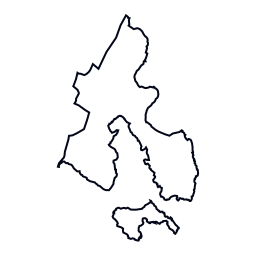 the district of Hahake, Vava'u, Tonga
{"feature_id": "48082658B99932543232342", "entity_name": "Hahake", "entity_type": "district", "adm_level": 2, "iso_a3": "TON", "parent_name": "Tonga", "parent_adm1": "Vava'u", "projection": "robinson", "projection_center": [-173.925, -18.614], "detail": "fine", "context": "isolated", "style": "outline", "palette": "ink", "viewbox_px": 256, "rotation_deg": 0, "n_neighbors": 0, "source": "geoboundaries", "source_scale": "gbopen_adm2", "svg_char_len": 5993}
<svg xmlns="http://www.w3.org/2000/svg" viewBox="0 0 256 256"><path d="M58.9,166.9L58.9,165.7L59.8,163.8L61.7,162.7L62.1,161.7L64.1,161.5L66.2,163.2L67.8,163.0L68.6,164.0L71.5,164.8L72.8,166.5L73.9,168.4L77.1,171.3L78.5,171.4L79.6,171.2L79.9,173.1L80.9,174.6L82.0,174.9L82.9,176.3L86.7,177.8L87.0,179.4L90.0,181.2L94.8,182.4L95.9,183.6L96.8,184.1L98.0,185.5L99.8,186.0L103.4,189.1L105.8,190.1L109.0,190.2L111.1,187.7L113.5,183.9L113.5,182.5L114.7,177.9L116.3,176.6L116.9,175.0L116.8,173.7L115.9,172.8L116.0,169.7L115.1,169.6L114.5,164.0L113.4,162.3L113.6,160.6L116.5,159.5L117.8,157.2L117.3,153.3L116.0,151.9L115.2,149.7L114.0,148.6L111.5,147.3L109.5,145.8L108.8,144.7L110.5,143.4L110.4,142.3L111.3,141.8L113.2,138.7L113.7,136.2L116.0,134.9L117.4,132.7L118.2,130.4L116.7,130.1L114.7,131.8L112.0,132.8L111.4,131.8L110.7,131.4L109.3,128.8L108.2,125.7L108.9,124.8L109.3,123.8L110.0,124.0L111.1,123.0L111.6,121.9L112.3,122.2L114.4,118.9L115.2,119.1L115.7,118.8L116.9,117.5L117.6,117.4L118.1,116.4L119.8,115.8L120.4,116.1L121.0,115.9L123.7,117.7L124.0,118.7L124.8,119.1L125.3,120.3L127.1,122.3L129.9,123.5L128.6,125.4L128.7,127.3L129.4,128.5L130.7,132.0L131.7,132.5L132.9,134.9L135.1,136.0L135.9,137.3L137.1,138.1L137.5,139.0L137.8,140.7L138.8,140.7L139.9,142.8L141.5,146.3L140.9,148.1L141.1,149.9L142.3,150.3L145.0,148.9L146.0,147.4L147.2,149.8L146.7,152.0L147.0,153.8L148.1,155.5L149.0,160.0L146.9,159.9L145.3,159.4L144.4,159.8L143.9,160.5L145.4,164.0L146.5,164.3L147.2,163.7L147.9,163.7L149.8,165.9L149.4,167.3L149.7,168.6L151.0,169.3L151.1,170.1L154.5,172.8L153.9,175.3L154.3,175.4L155.2,176.8L155.0,177.5L153.2,179.8L153.3,180.9L154.1,182.2L155.3,182.4L156.6,183.0L156.9,184.3L157.5,184.3L157.7,186.7L158.0,187.1L159.8,186.0L160.3,187.2L161.9,188.0L161.3,191.6L160.5,192.3L160.1,194.0L160.6,195.8L161.2,196.8L162.0,196.6L163.9,197.9L164.4,199.5L166.6,200.1L167.1,199.4L168.2,199.6L169.4,199.1L169.6,198.3L171.0,197.0L172.3,196.3L174.8,195.6L177.1,196.0L177.3,197.3L176.7,198.0L176.6,198.8L177.5,200.1L178.1,200.5L179.1,199.6L179.3,198.5L180.1,198.1L181.9,198.9L182.8,198.6L183.9,199.6L186.8,199.4L187.2,199.9L188.9,199.9L189.6,201.0L190.7,200.9L191.5,199.7L191.9,198.5L191.7,196.5L192.7,196.3L194.3,191.5L194.2,190.8L193.9,190.4L194.0,189.6L194.5,189.3L195.0,185.0L195.5,183.4L194.5,182.1L194.3,181.1L194.5,179.3L195.0,179.1L194.9,178.6L195.2,178.0L195.8,177.5L196.1,176.8L195.9,176.3L196.5,175.9L197.0,176.0L197.7,175.4L198.1,173.8L197.8,170.1L197.4,169.3L196.9,169.4L196.5,167.3L196.6,166.1L195.5,165.2L195.3,163.7L194.6,163.1L195.0,161.6L194.0,160.8L193.9,159.4L194.3,159.5L194.1,158.8L193.4,158.2L192.8,156.8L192.9,155.8L193.4,155.3L192.3,152.9L193.0,153.0L193.1,152.1L192.5,150.0L192.6,147.8L192.1,143.6L191.2,140.8L190.7,139.9L189.6,139.2L188.4,139.0L187.6,140.1L186.4,139.2L185.0,137.0L184.7,135.6L185.4,134.9L184.4,134.0L184.1,133.0L183.2,132.2L182.4,132.0L182.6,131.0L181.7,130.3L179.5,132.0L172.8,133.5L169.4,135.7L164.8,134.2L158.6,131.6L155.6,129.9L151.4,126.5L150.8,125.0L147.0,122.2L146.2,122.3L145.5,120.2L145.7,117.0L145.6,114.8L146.9,110.1L148.0,107.9L151.2,105.3L152.4,103.3L154.1,102.2L155.0,101.1L155.8,99.0L157.2,97.9L158.0,96.5L158.4,94.0L158.1,92.9L158.1,91.6L157.6,90.3L156.2,88.7L155.2,88.4L154.4,87.1L153.6,86.8L153.3,87.5L149.9,86.7L148.7,87.5L145.7,88.1L144.1,87.7L142.5,86.8L141.3,86.6L139.9,87.1L138.8,86.2L137.6,84.4L137.0,82.9L135.4,81.0L134.4,77.1L134.7,75.1L136.0,72.8L136.5,71.4L137.2,70.5L138.4,69.7L141.2,65.5L143.4,64.0L143.8,61.3L145.5,61.3L145.0,60.0L146.1,57.7L147.3,53.5L145.8,52.6L147.1,48.1L146.5,46.5L147.8,45.1L148.0,43.0L147.4,41.6L147.7,40.1L147.4,38.6L146.5,37.3L144.9,36.0L143.7,34.3L142.1,31.3L139.8,29.1L137.4,28.2L133.7,29.1L128.6,25.6L129.3,24.5L128.9,20.4L129.5,18.1L128.1,17.9L127.9,16.8L126.0,15.4L120.6,25.2L116.1,37.7L106.5,51.9L98.5,68.8L92.9,64.1L90.2,70.1L88.7,72.1L86.3,74.1L84.3,75.1L80.8,73.8L78.6,73.6L77.5,72.8L76.0,79.2L73.3,86.3L77.5,89.8L78.8,92.7L78.8,93.6L76.1,98.6L76.0,100.9L74.5,103.5L78.8,105.4L85.3,110.1L89.2,112.5L87.0,120.2L84.0,129.1L76.4,133.5L72.3,135.4L69.0,135.8L68.4,139.5L64.9,151.7L64.5,155.5L63.9,157.5L59.0,163.2L57.9,166.7L58.9,166.9ZM169.4,218.4L167.9,217.8L167.7,216.8L166.9,216.5L165.6,216.8L164.8,216.1L164.7,214.7L164.2,213.9L164.5,213.5L164.3,212.8L162.6,212.5L162.4,211.7L161.2,211.7L160.2,212.1L159.3,211.0L159.0,211.2L157.4,209.5L156.7,209.1L156.4,208.6L156.1,207.1L155.6,206.4L154.3,205.7L153.8,204.2L151.6,202.7L151.6,201.8L151.0,200.9L150.5,200.7L150.8,201.4L150.3,202.2L148.0,203.9L145.5,205.1L144.8,205.8L144.4,206.8L142.5,208.1L142.1,208.8L136.0,209.7L130.8,209.6L127.8,207.7L125.9,208.5L124.7,207.9L123.2,208.0L120.7,208.7L118.8,207.7L117.5,208.0L116.1,208.8L116.1,209.8L115.2,210.2L114.5,211.1L114.1,212.1L114.2,212.8L113.9,212.7L113.8,212.1L114.1,211.5L113.7,211.5L113.2,212.9L113.6,214.0L113.3,215.2L112.6,216.4L113.4,218.2L115.2,219.5L117.3,222.1L117.8,223.5L117.1,224.5L117.3,226.1L121.1,227.3L123.1,228.6L122.9,230.3L123.3,232.5L126.8,234.2L128.0,235.6L127.9,236.6L128.7,237.4L128.5,238.1L130.9,238.9L132.5,238.3L134.5,238.8L134.8,239.7L137.9,240.6L138.6,240.5L139.0,239.5L138.7,238.8L139.4,237.4L140.1,236.9L140.8,237.9L141.2,237.5L141.6,236.0L140.8,235.4L141.2,234.2L140.2,232.1L139.2,231.7L138.6,230.6L138.7,227.9L139.4,226.0L141.0,225.6L143.0,224.0L143.4,222.8L142.5,220.9L142.8,218.6L143.7,218.3L145.4,218.2L147.0,219.6L146.8,221.3L149.5,223.2L150.2,223.1L150.2,222.3L153.5,221.8L154.1,222.3L153.7,222.6L155.1,223.1L154.7,222.5L155.1,221.9L155.7,221.7L156.7,221.9L157.4,222.7L159.7,223.8L160.6,222.6L162.7,222.0L163.1,221.1L166.5,220.8L167.1,221.9L167.5,222.0L167.3,222.9L167.5,223.1L167.5,223.7L167.1,224.0L167.8,225.3L168.7,226.4L169.5,228.5L172.6,230.2L174.0,232.0L174.2,233.1L175.2,233.8L176.2,232.6L177.2,230.6L176.9,230.4L177.7,229.0L178.4,228.7L178.4,228.2L178.8,228.0L178.8,227.7L177.9,227.1L176.5,225.4L175.8,225.1L172.3,220.0L171.7,220.3L171.3,219.6L171.9,218.7L171.3,218.0L170.5,217.4L170.2,218.0L169.4,218.4Z" fill="none" stroke="#020617" stroke-width="2"/></svg>